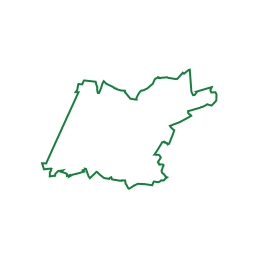 Rožupes pag., Livanu, Latvia (Natural Earth projection), rotated 329°
{"feature_id": "27541924B72516040317881", "entity_name": "Rožupes pag.", "entity_type": "district", "adm_level": 2, "iso_a3": "LVA", "parent_name": "Latvia", "parent_adm1": "Livanu", "projection": "natural_earth1", "projection_center": [26.351, 56.366], "detail": "fine", "context": "isolated", "style": "outline", "palette": "green", "viewbox_px": 256, "rotation_deg": 329, "n_neighbors": 0, "source": "geoboundaries", "source_scale": "gbopen_adm2", "svg_char_len": 5082}
<svg xmlns="http://www.w3.org/2000/svg" viewBox="0 0 256 256"><g transform="rotate(329 128 128)"><path d="M97.4,180.4L98.3,180.7L98.5,180.7L100.3,180.6L102.2,180.5L103.6,180.4L103.7,180.6L107.5,180.8L113.6,184.8L114.5,185.7L116.0,186.8L119.2,189.5L122.5,187.2L123.6,188.0L124.7,189.0L126.1,190.1L128.4,190.3L128.8,190.1L129.3,190.0L130.1,190.2L130.4,190.7L130.8,191.0L131.5,191.3L131.9,191.4L132.0,191.4L132.2,191.2L132.3,191.2L132.5,191.1L132.9,191.0L133.0,190.9L133.3,190.8L136.1,190.4L135.7,189.9L135.2,189.5L135.1,189.3L135.1,189.1L135.3,188.5L135.3,188.3L135.0,187.5L135.0,187.1L135.1,186.7L135.1,186.4L134.9,185.9L134.3,184.5L134.2,184.1L134.2,183.9L134.2,183.6L134.7,182.1L134.8,182.0L134.9,181.7L135.1,181.6L135.5,181.3L136.1,181.0L136.3,180.8L136.4,180.7L137.2,179.9L137.5,179.5L138.0,179.2L138.8,178.8L139.0,178.6L139.3,178.3L139.4,178.0L139.4,177.9L139.3,177.6L139.1,177.5L138.8,177.2L137.7,176.2L137.4,176.1L136.3,175.8L136.1,175.7L135.9,175.3L135.9,175.0L136.0,174.7L136.1,174.4L136.3,174.0L136.3,173.8L136.2,173.7L135.9,173.2L135.9,172.9L136.0,172.8L136.3,172.5L136.5,172.4L138.0,171.7L140.7,170.3L140.9,170.2L141.0,169.9L140.8,169.4L140.8,169.2L140.9,168.6L140.9,168.0L140.8,167.6L140.4,166.8L140.1,166.5L139.8,166.3L139.6,166.2L138.6,165.7L138.4,165.6L137.8,164.8L137.6,164.6L137.4,164.6L137.0,164.4L139.8,163.1L143.1,161.5L144.7,160.6L145.7,160.1L149.4,158.2L149.6,158.0L149.7,157.9L149.9,158.0L151.1,158.1L151.7,158.2L152.0,158.3L152.1,158.5L151.8,159.1L152.2,159.8L152.3,159.8L152.5,159.8L152.8,159.8L153.6,161.2L153.7,161.3L153.4,162.2L153.4,162.4L153.5,162.4L153.7,162.5L154.2,162.5L154.4,162.5L154.8,162.7L155.9,162.1L156.7,161.5L157.9,160.6L159.6,159.2L160.5,158.5L161.1,158.2L165.2,154.9L166.4,153.8L166.2,153.6L166.1,153.3L166.0,152.7L165.2,150.0L165.0,147.8L165.6,147.9L166.8,148.1L167.8,148.3L169.5,148.5L171.2,148.9L173.2,149.2L174.6,149.6L175.3,149.6L177.3,149.7L183.9,150.0L188.5,150.1L188.5,149.6L188.1,148.4L187.9,148.1L187.6,147.9L187.5,147.6L187.5,146.9L187.3,146.1L188.1,144.5L200.5,147.8L201.2,147.7L202.7,148.3L205.1,148.5L207.3,148.6L208.1,148.4L209.5,150.1L211.2,151.8L214.9,150.8L215.0,150.9L217.3,150.1L217.5,150.0L218.2,149.4L220.0,146.6L221.0,145.1L221.1,144.9L221.1,144.5L221.3,143.5L221.3,143.3L221.2,142.3L220.4,141.9L217.7,140.5L218.1,137.9L219.4,137.1L220.9,136.1L220.6,136.0L218.8,135.6L217.9,135.3L216.7,135.0L205.3,132.1L205.6,132.6L202.2,134.0L200.7,133.4L200.9,130.9L201.1,129.4L211.0,109.8L209.9,109.5L203.9,110.3L203.4,108.8L201.2,109.6L200.4,109.8L195.6,111.3L193.7,110.3L190.1,107.2L189.7,106.9L188.4,105.8L187.9,105.2L187.5,104.5L184.9,103.4L183.4,102.5L181.5,101.9L181.2,101.8L181.2,101.6L181.1,101.3L180.8,101.2L180.5,101.2L180.3,101.1L180.4,100.9L180.5,100.7L180.4,100.6L180.3,100.4L180.2,100.3L180.0,100.1L179.9,100.1L179.8,99.9L179.6,100.0L179.4,100.0L178.7,100.1L178.3,100.0L177.5,99.9L177.1,99.9L176.0,100.1L175.4,100.5L174.5,101.1L173.7,101.6L172.3,102.8L172.2,102.8L165.0,104.0L164.4,104.0L164.0,103.9L163.1,103.8L162.2,103.8L161.3,103.7L160.5,103.6L159.7,103.3L159.1,103.0L158.8,102.8L157.9,102.8L157.3,103.0L154.3,104.3L154.1,104.4L153.7,104.7L151.8,105.9L151.3,106.2L150.5,106.9L150.1,107.5L150.0,107.8L150.0,108.0L149.5,107.8L148.4,106.9L145.1,104.1L145.0,103.0L144.7,101.5L144.8,101.4L144.4,99.7L144.3,97.9L143.8,96.0L144.0,95.9L144.4,95.1L144.5,94.8L144.6,94.5L144.2,94.2L141.5,92.4L141.4,92.2L140.7,91.5L138.7,89.4L138.4,88.7L138.1,88.5L138.0,88.4L138.1,88.2L138.0,87.8L137.8,87.7L137.7,87.6L137.1,87.2L136.7,86.7L136.7,85.7L136.2,85.0L136.0,84.7L133.7,81.2L132.1,78.7L131.3,75.4L129.2,76.6L126.2,79.2L125.7,79.7L123.9,81.1L121.8,82.6L121.0,83.1L120.2,82.4L120.2,82.2L121.0,80.0L121.3,79.1L121.8,78.6L122.3,78.0L122.4,77.9L123.0,75.4L123.4,73.7L123.5,73.5L124.1,71.7L115.4,65.0L114.6,64.6L111.2,67.0L108.2,64.8L107.3,65.6L106.3,66.7L104.0,69.3L103.3,69.6L101.7,70.2L104.0,71.9L102.7,72.7L90.8,80.9L80.0,88.3L74.6,92.0L71.5,94.1L70.1,95.1L53.7,106.4L39.6,116.2L36.2,114.0L35.1,118.4L35.0,119.0L34.7,120.1L36.9,121.2L37.0,121.2L39.0,122.1L41.3,123.3L41.4,123.5L40.9,123.7L40.6,123.9L40.5,124.1L40.2,124.7L40.0,124.9L39.7,125.1L39.4,125.2L38.9,125.3L38.6,125.5L38.3,125.7L38.1,125.9L37.9,126.2L37.4,127.1L36.7,128.1L36.0,129.2L37.1,129.6L39.8,130.8L40.0,131.0L40.9,131.4L41.0,131.2L41.2,130.9L41.3,130.9L42.0,130.0L43.1,129.6L45.6,129.0L45.8,129.0L46.3,129.0L47.4,129.6L47.5,129.6L49.9,130.7L50.2,130.8L48.2,131.2L49.7,132.8L51.3,134.8L51.6,135.2L52.0,135.8L51.8,136.2L50.9,137.7L53.8,138.4L52.6,139.4L56.5,139.5L63.2,141.6L65.3,142.0L67.9,142.8L67.5,140.9L70.6,141.3L70.6,141.2L70.9,141.5L70.3,144.2L70.2,144.7L70.0,145.6L69.5,148.3L69.3,149.0L69.5,151.4L77.9,149.5L78.3,149.3L79.0,150.1L79.2,151.5L80.0,153.9L80.2,154.7L80.3,154.9L80.6,155.5L80.7,155.9L81.0,156.7L81.6,158.3L83.4,160.0L85.8,162.0L86.6,161.4L88.3,161.6L88.1,162.5L87.8,163.6L87.8,163.8L88.5,164.4L91.4,166.8L91.5,166.9L93.4,168.6L94.1,169.1L94.7,169.5L95.4,170.0L95.9,169.7L97.5,170.9L98.5,171.5L97.4,174.2L97.3,174.3L97.3,174.5L97.4,176.1L97.2,178.9L97.2,179.3L97.2,179.7L97.4,180.4Z" fill="none" stroke="#15803d" stroke-width="2"/></g></svg>